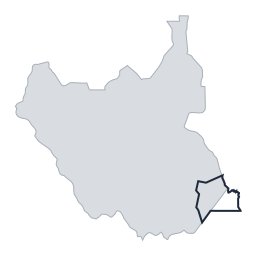 location of Kapoeta East, Eastern Equatoria, South Sudan
{"feature_id": "79223893B62671962917549", "entity_name": "Kapoeta East", "entity_type": "district", "adm_level": 2, "iso_a3": "SSD", "parent_name": "South Sudan", "parent_adm1": "Eastern Equatoria", "projection": "equal_earth", "projection_center": [35.583, 5.094], "detail": "medium", "context": "in_parent", "style": "outline", "palette": "slate", "viewbox_px": 256, "rotation_deg": 0, "n_neighbors": 0, "source": "geoboundaries", "source_scale": "gbopen_adm2", "svg_char_len": 4895}
<svg xmlns="http://www.w3.org/2000/svg" viewBox="0 0 256 256"><path d="M202.8,221.4L195.0,232.0L194.4,232.6L193.4,233.4L190.3,233.4L187.0,232.9L184.0,230.2L181.0,232.3L179.0,233.0L177.9,233.2L175.1,233.6L171.3,234.7L169.6,236.1L168.7,237.2L167.9,239.3L167.5,239.5L166.8,239.3L165.8,238.4L163.8,237.2L162.8,234.6L161.8,233.0L161.0,232.2L157.8,234.8L156.2,235.4L154.9,235.3L152.6,233.9L150.0,232.6L148.7,232.6L146.7,234.2L144.4,236.5L143.2,238.9L142.6,240.2L141.8,238.1L141.1,236.8L140.0,236.3L137.8,236.8L137.3,236.1L137.2,234.3L136.9,232.6L136.3,231.3L134.6,230.1L130.3,227.6L127.0,222.5L125.3,220.2L124.1,218.7L122.4,214.7L120.4,211.9L118.0,210.7L116.5,211.3L114.8,214.2L111.8,217.0L110.3,217.1L108.5,215.6L106.3,214.5L102.2,214.1L100.5,215.4L98.3,217.5L96.5,218.7L95.3,218.9L94.2,218.4L93.0,218.1L92.0,218.1L89.8,216.1L88.7,214.7L87.9,213.4L86.7,212.4L85.3,211.7L84.3,210.5L83.7,208.9L82.9,207.0L81.9,205.3L78.6,202.1L77.6,200.3L76.9,198.5L75.6,196.5L74.1,193.8L73.7,189.9L73.7,186.8L73.4,185.3L72.7,183.9L72.0,182.6L70.9,181.3L68.2,179.2L65.4,176.9L64.1,175.5L61.6,175.1L60.0,173.7L58.8,170.8L58.3,168.4L57.0,166.6L56.5,165.3L56.2,163.8L57.2,159.1L55.8,157.5L53.6,155.4L52.0,153.0L51.1,150.9L48.3,148.1L42.1,143.9L38.6,141.2L36.7,138.7L35.0,136.4L34.8,135.4L35.9,133.0L36.1,131.1L35.2,129.0L31.6,124.9L28.7,120.5L26.5,119.1L21.1,117.9L19.6,117.4L18.0,116.5L16.4,114.5L15.9,112.2L16.7,108.4L16.3,107.2L15.4,106.9L15.6,106.1L16.7,104.3L18.3,103.1L22.8,101.2L23.0,100.5L23.1,98.1L23.5,97.0L25.1,93.7L25.3,92.4L25.4,89.6L25.6,88.3L26.1,87.4L27.3,85.8L27.7,84.8L27.9,82.6L27.8,78.4L28.5,76.8L31.3,72.9L32.1,71.2L32.3,69.7L32.3,68.1L32.5,66.6L33.4,65.1L34.1,64.7L36.1,64.2L37.5,64.5L47.3,61.9L48.5,62.2L49.0,63.8L48.9,66.2L49.0,67.5L49.5,68.3L51.1,69.5L52.1,71.4L52.7,72.2L54.3,73.5L61.4,84.8L63.5,85.9L65.5,85.5L69.4,83.1L71.4,82.6L85.2,83.2L86.8,82.9L88.9,88.6L89.9,89.9L105.1,89.9L104.8,88.3L105.0,86.5L107.7,83.1L108.1,82.6L110.5,81.0L112.8,79.9L117.2,78.6L118.8,76.5L119.7,74.7L119.7,71.0L120.3,70.4L121.4,69.5L126.5,66.2L127.3,65.5L136.3,73.2L141.3,79.2L141.6,79.5L141.8,79.7L142.1,79.4L142.3,79.2L143.0,78.9L145.1,78.8L149.2,78.5L150.5,77.8L158.8,67.0L160.9,63.5L161.4,62.8L162.6,60.4L163.9,56.1L164.1,55.7L173.1,45.5L173.4,44.7L173.5,44.1L172.2,40.7L171.9,39.0L171.9,36.3L172.1,32.2L172.1,29.6L171.9,28.9L171.9,28.7L166.9,21.3L179.5,21.2L179.6,20.3L179.5,20.0L179.3,19.1L179.1,17.9L179.2,17.2L179.2,16.6L179.2,16.3L179.2,16.0L179.2,15.9L179.3,15.8L188.3,15.9L188.2,18.0L187.1,22.9L187.1,25.9L186.8,29.3L186.5,30.3L186.0,31.1L185.9,31.5L185.9,31.9L187.7,50.9L187.6,51.7L187.1,52.8L186.9,53.2L186.9,53.5L187.1,53.7L191.3,55.8L191.5,55.9L191.7,56.1L193.2,58.5L201.4,67.5L201.7,68.0L202.5,70.8L202.6,71.3L202.6,71.9L202.6,72.5L202.4,74.2L202.5,74.9L202.6,75.4L202.7,76.0L202.6,76.6L201.4,79.9L201.0,82.2L200.9,84.2L201.0,85.3L201.1,86.0L201.2,86.3L201.3,86.4L204.9,86.5L204.9,87.5L205.3,104.7L205.3,106.6L205.2,109.0L204.8,110.0L203.7,111.4L202.5,112.6L199.3,112.9L196.6,112.9L194.7,112.6L192.1,112.5L189.6,112.8L188.7,113.8L185.5,123.0L184.5,125.3L184.2,126.6L184.5,127.4L185.8,128.5L188.5,130.2L191.7,131.1L194.1,131.5L195.7,132.0L197.0,132.5L201.5,136.6L202.9,138.6L203.7,140.3L203.9,142.1L204.5,143.9L208.6,149.7L212.6,152.4L214.1,155.4L215.5,156.9L216.9,158.5L217.6,160.9L219.3,167.8L220.5,171.4L221.6,174.3L222.1,179.2L223.0,181.3L224.0,183.9L225.6,186.3L227.2,188.1L227.5,188.6L210.5,211.1L202.8,221.4Z" fill="#d9dde1" stroke="#a8b0b8" stroke-width="1"/><path d="M198.3,210.2L202.1,222.5L209.2,212.7L210.5,210.8L222.6,210.9L240.6,210.9L240.6,210.7L238.2,207.0L238.1,198.5L238.2,198.3L238.3,198.2L238.5,198.0L238.6,197.7L238.7,197.4L238.8,197.4L238.9,197.0L239.0,196.8L238.9,196.7L239.0,196.6L238.8,196.1L238.5,195.8L238.4,195.3L238.3,195.2L238.3,194.8L238.3,194.5L238.4,194.3L238.6,194.2L238.8,193.8L238.9,193.7L239.0,193.5L239.0,193.3L239.0,193.0L238.6,192.8L238.5,192.7L238.2,192.5L238.1,192.3L237.7,192.3L237.4,192.0L237.2,192.0L237.3,192.2L237.2,192.2L236.9,191.9L236.9,191.6L236.7,191.5L236.6,191.4L236.4,191.6L236.4,191.4L236.3,191.6L236.3,191.2L236.2,191.3L236.2,191.1L235.9,191.1L235.7,191.2L235.4,191.3L235.2,191.2L235.1,191.3L235.0,191.1L234.9,191.1L234.7,191.3L234.6,191.2L234.6,191.3L234.4,191.4L234.3,190.8L234.1,190.8L233.9,190.9L233.8,190.7L233.7,190.4L233.5,190.6L233.4,190.5L233.1,190.6L232.8,190.3L232.5,190.4L232.5,190.5L232.2,190.3L232.0,190.5L231.8,190.4L231.6,190.6L231.1,191.1L230.9,191.3L230.5,191.7L230.4,191.7L230.3,191.8L229.7,192.0L229.2,192.3L228.9,192.6L228.4,192.6L228.1,191.9L228.1,191.7L228.2,191.1L228.1,190.9L228.0,190.6L228.1,190.1L228.2,189.9L228.3,189.4L228.3,189.1L228.3,188.8L228.2,188.6L228.3,188.3L224.8,185.1L224.8,183.6L223.2,179.6L222.4,178.1L222.5,177.2L222.3,176.9L222.3,176.3L222.4,175.9L222.5,175.7L222.6,175.3L206.0,182.7L198.2,181.2L196.1,190.5L199.1,194.1L196.3,207.4L198.3,210.2Z" fill="none" stroke="#1e293b" stroke-width="2"/></svg>